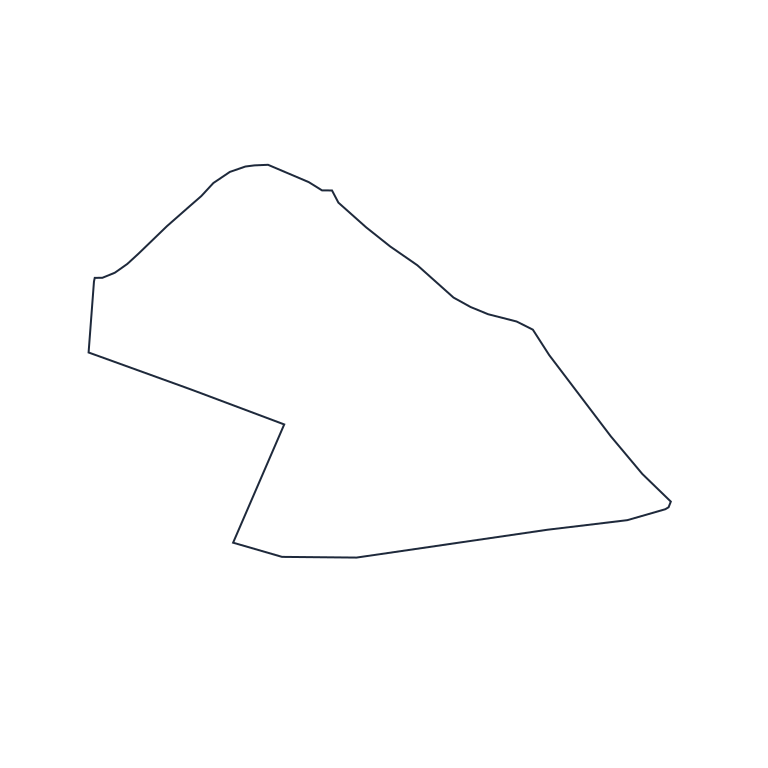 outline of Patterson'S Gap, Castries, Saint Lucia, rotated 192°
{"feature_id": "8701671B23690641916416", "entity_name": "Patterson'S Gap", "entity_type": "district", "adm_level": 2, "iso_a3": "LCA", "parent_name": "Saint Lucia", "parent_adm1": "Castries", "projection": "natural_earth1", "projection_center": [-60.985, 14.007], "detail": "fine", "context": "isolated", "style": "outline", "palette": "slate", "viewbox_px": 768, "rotation_deg": 192, "n_neighbors": 0, "source": "geoboundaries", "source_scale": "gbopen_adm2", "svg_char_len": 655}
<svg xmlns="http://www.w3.org/2000/svg" viewBox="0 0 768 768"><g transform="rotate(192 384 384)"><path d="M228.4,446.6L249.7,468.1L267.3,472.7L296.7,473.9L315.3,477.3L334.0,483.0L376.1,507.1L406.5,519.8L434.0,533.5L466.3,551.9L475.1,562.5L484.9,560.5L499.5,565.8L543.0,574.3L556.2,570.9L564.8,567.9L578.9,559.4L592.7,545.1L601.8,529.8L610.7,518.0L629.1,493.3L651.2,460.5L660.1,448.0L670.4,436.9L681.6,429.3L689.0,427.7L689.0,424.0L679.5,353.4L571.6,338.5L473.2,323.7L498.6,197.4L447.8,193.7L374.8,208.5L193.9,275.4L117.7,301.4L82.8,320.0L80.0,322.6L79.0,328.6L112.6,349.7L151.3,380.0L228.4,446.6Z" fill="none" stroke="#1e293b" stroke-width="2"/></g></svg>